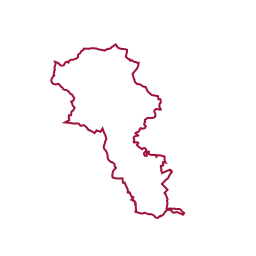 the district of Sintereag, Bistrita-Nasaud, Romania, rotated 221°
{"feature_id": "2599482B46871685550444", "entity_name": "Sintereag", "entity_type": "district", "adm_level": 2, "iso_a3": "ROU", "parent_name": "Romania", "parent_adm1": "Bistrita-Nasaud", "projection": "albers", "projection_center": [24.321, 47.167], "detail": "fine", "context": "isolated", "style": "outline", "palette": "rose", "viewbox_px": 256, "rotation_deg": 221, "n_neighbors": 0, "source": "geoboundaries", "source_scale": "gbopen_adm2", "svg_char_len": 5828}
<svg xmlns="http://www.w3.org/2000/svg" viewBox="0 0 256 256"><g transform="rotate(221 128 128)"><path d="M143.5,169.3L146.8,169.0L149.3,167.7L149.8,167.2L152.3,167.2L153.3,167.5L153.8,167.8L154.6,168.6L155.5,168.9L160.1,171.8L160.2,179.1L160.5,179.7L161.0,181.3L162.7,184.2L163.3,183.5L163.8,183.2L164.6,183.2L165.0,183.1L165.6,182.8L166.4,182.1L168.1,181.8L169.4,181.8L169.7,181.2L170.3,181.0L170.5,180.7L170.5,180.3L171.0,180.3L171.2,180.6L171.9,180.6L172.0,180.8L172.3,180.5L173.3,180.3L174.8,180.4L175.4,180.2L176.4,180.4L177.2,181.8L177.5,182.5L178.5,184.3L180.0,186.4L181.8,185.6L183.5,184.5L184.5,183.5L185.5,183.2L186.4,182.6L187.4,182.3L188.5,182.0L192.1,183.0L193.2,178.9L193.4,178.1L193.3,177.1L193.6,176.1L194.0,175.9L194.4,175.4L194.5,174.9L195.4,174.1L196.0,172.2L196.5,171.6L196.4,171.1L199.1,169.7L201.8,168.0L204.2,167.2L206.3,165.5L207.0,165.1L208.7,163.3L209.2,162.4L209.5,162.2L211.0,161.0L212.9,159.3L213.4,159.0L213.4,158.8L213.0,158.0L213.2,157.5L213.1,157.1L213.2,156.5L213.6,155.5L213.6,155.0L213.4,154.3L213.2,152.8L213.2,152.1L213.6,151.3L213.7,150.4L213.1,149.5L212.6,149.3L212.2,148.2L212.3,147.8L212.5,147.0L212.7,146.3L212.9,146.0L213.4,144.9L214.4,143.3L215.7,142.2L215.9,141.8L216.1,141.4L216.1,140.8L216.4,140.1L216.2,139.3L216.0,138.9L216.0,138.2L216.7,138.4L217.1,138.3L217.4,138.1L217.7,137.5L218.1,137.2L218.2,135.9L217.9,134.2L217.7,133.8L217.6,133.4L218.2,132.3L218.8,131.6L220.8,130.9L221.7,131.0L222.5,131.4L223.8,131.1L224.3,130.9L225.1,130.4L225.6,130.3L225.8,130.4L226.5,130.1L225.6,129.7L224.4,128.4L223.7,126.4L223.6,126.0L223.0,125.6L222.6,124.8L221.8,124.0L221.3,123.9L220.7,121.8L220.2,121.6L220.1,121.0L219.6,120.3L219.1,119.9L218.9,119.3L218.3,119.2L218.5,118.8L218.4,118.4L218.1,118.1L218.3,116.9L217.9,115.2L217.6,114.4L217.0,113.5L216.5,113.0L215.4,112.8L214.5,112.2L212.9,112.5L211.4,113.2L210.6,114.0L209.8,115.5L209.5,115.7L208.0,115.6L205.8,115.3L203.7,115.4L202.9,114.9L202.5,114.8L201.7,114.9L201.0,115.2L199.8,116.0L198.5,116.4L197.0,116.7L196.5,116.4L195.7,116.4L194.4,116.1L193.4,116.1L192.6,116.5L191.7,116.4L190.4,115.9L189.1,115.6L188.6,115.2L188.3,115.3L187.9,114.7L187.2,112.9L188.2,110.6L187.0,110.3L184.5,108.7L182.2,108.4L181.9,108.3L182.0,108.1L181.6,107.8L181.2,107.0L181.0,106.4L181.0,104.8L181.4,103.3L179.4,100.3L180.0,99.5L180.1,99.0L180.8,98.8L179.4,96.7L178.0,96.0L177.5,95.3L179.2,90.9L174.8,94.0L171.5,95.9L170.3,97.3L168.4,98.9L167.7,99.0L165.6,98.5L164.8,99.0L164.3,99.6L163.8,100.5L162.8,101.3L159.5,101.3L157.8,101.0L157.5,100.6L156.8,100.5L156.3,100.6L156.3,100.8L154.9,101.4L149.9,102.2L150.2,105.4L149.3,105.4L148.4,106.4L146.9,106.8L146.2,107.1L146.9,110.9L143.1,108.8L140.2,107.6L137.0,105.4L136.3,102.5L135.4,101.2L134.6,99.0L133.6,97.5L132.4,96.7L129.7,96.3L127.7,95.5L125.4,94.0L124.4,92.7L123.9,92.2L122.2,91.3L121.1,91.1L119.1,91.2L118.6,91.0L117.7,91.7L116.8,91.9L115.3,92.0L114.3,91.8L113.9,91.5L113.1,90.4L112.4,90.1L111.0,90.1L110.8,89.6L110.9,88.5L111.2,87.3L110.8,85.5L109.5,82.9L108.1,81.2L107.2,80.9L107.0,80.6L106.7,80.7L105.4,81.5L104.9,81.5L103.2,82.7L99.8,85.7L99.1,86.4L96.9,84.2L95.7,83.4L95.0,84.2L94.8,84.6L92.7,83.5L90.7,82.7L88.7,81.7L87.4,81.2L86.3,79.5L85.2,80.2L85.1,79.5L83.8,80.3L83.2,80.0L82.7,79.5L78.7,78.1L78.9,79.2L78.5,79.3L78.3,78.2L78.4,77.0L78.4,76.1L76.6,77.0L76.4,76.6L75.3,77.2L74.6,76.8L74.2,76.3L73.3,76.6L72.6,75.4L72.6,75.0L72.3,74.8L71.8,75.2L71.0,74.2L69.0,72.2L67.4,70.8L67.4,70.6L67.7,69.9L67.3,69.6L65.1,70.7L63.4,71.4L61.8,72.3L60.7,73.2L60.2,74.4L59.6,75.2L58.4,75.4L55.8,76.5L55.1,77.0L54.9,77.6L54.5,77.9L52.5,78.7L50.8,78.9L48.7,78.6L47.6,78.9L47.1,79.2L46.5,79.9L46.0,83.1L45.2,83.2L44.5,86.0L45.0,88.9L44.8,91.1L44.5,92.1L43.4,93.1L41.8,94.4L40.9,93.9L40.2,93.8L39.0,93.7L38.5,93.8L37.8,94.1L35.9,96.6L34.6,97.2L33.2,97.4L31.3,98.3L29.6,98.6L29.5,99.3L29.7,99.8L30.0,100.6L30.4,100.4L33.2,100.6L33.8,100.8L35.8,100.7L37.1,99.8L37.8,98.9L38.4,98.4L40.1,97.6L40.9,97.0L41.5,96.1L43.5,94.8L44.8,93.4L45.6,92.3L46.2,92.5L47.3,94.6L48.3,96.4L49.5,97.8L50.9,98.7L51.3,100.1L56.1,102.7L57.8,102.8L57.7,107.4L65.7,108.0L65.4,114.0L64.8,116.0L65.7,119.7L66.0,121.3L65.9,123.3L66.7,124.0L67.0,123.7L67.5,123.5L67.9,123.5L68.0,124.2L69.1,124.0L69.3,123.2L69.8,122.4L71.1,119.6L71.9,118.1L72.7,116.3L73.1,116.7L75.4,117.9L75.4,118.5L77.2,119.8L77.7,120.2L78.0,120.7L78.4,120.9L78.4,121.1L78.2,121.3L76.9,122.6L77.8,123.6L77.7,123.7L79.2,125.2L77.0,126.5L77.8,126.7L79.5,128.1L80.2,128.7L81.6,130.4L85.4,128.7L86.0,128.1L86.4,128.0L87.2,127.5L87.7,126.9L87.7,124.9L89.4,125.9L92.4,123.2L93.7,122.5L95.3,122.0L96.7,123.8L98.4,122.5L95.8,119.4L96.2,119.3L96.7,118.2L98.6,118.6L99.3,119.3L99.4,119.8L99.4,121.2L99.4,121.8L99.8,123.2L100.9,123.9L101.9,123.9L102.7,123.5L103.1,123.0L103.3,122.4L103.4,121.9L103.3,121.3L107.0,120.9L110.1,120.9L110.2,123.1L110.7,123.4L111.2,123.5L111.3,123.3L111.3,122.9L112.0,122.9L112.9,122.4L113.6,121.1L114.0,121.1L114.4,121.1L115.0,121.7L115.2,122.6L115.7,123.4L117.2,124.1L117.4,124.3L117.6,125.1L117.5,126.0L116.7,127.0L116.4,128.1L115.9,128.6L115.4,128.7L115.4,129.0L117.3,128.9L118.9,128.9L118.9,130.0L118.8,130.3L118.6,130.7L118.1,131.1L117.7,131.7L117.7,133.6L118.0,133.8L118.3,134.4L118.4,136.3L117.0,136.5L116.6,136.9L116.0,137.9L115.2,138.9L115.6,139.6L115.6,140.9L115.6,141.0L115.8,141.1L118.3,141.4L118.4,141.7L119.2,143.3L119.0,143.8L120.6,145.0L120.7,145.4L120.1,146.7L120.1,147.9L119.8,148.4L118.9,149.4L117.0,150.6L115.3,152.9L115.0,153.8L115.0,154.4L115.2,155.0L115.8,155.6L116.2,156.2L116.8,156.7L118.4,157.4L119.2,157.9L119.5,159.0L119.5,159.7L119.4,160.3L119.1,160.9L118.6,161.3L116.7,162.3L115.4,163.4L116.8,164.1L118.1,164.4L120.1,167.1L119.9,168.7L122.5,171.0L123.9,169.7L126.3,171.7L127.1,171.1L129.3,170.0L131.3,168.6L132.3,168.4L137.6,168.6L138.6,169.3L141.8,170.5L143.5,169.3Z" fill="none" stroke="#9f1239" stroke-width="2"/></g></svg>